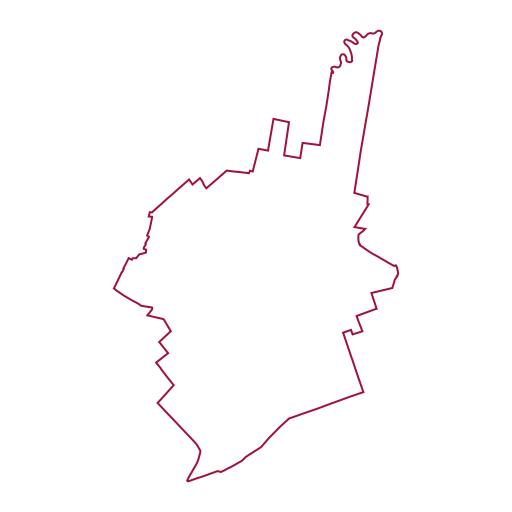 the district of Agris, Satu Mare, Romania
{"feature_id": "2599482B4791567573322", "entity_name": "Agris", "entity_type": "district", "adm_level": 2, "iso_a3": "ROU", "parent_name": "Romania", "parent_adm1": "Satu Mare", "projection": "mercator", "projection_center": [23.018, 47.884], "detail": "fine", "context": "isolated", "style": "outline", "palette": "rose", "viewbox_px": 512, "rotation_deg": 0, "n_neighbors": 0, "source": "geoboundaries", "source_scale": "gbopen_adm2", "svg_char_len": 5215}
<svg xmlns="http://www.w3.org/2000/svg" viewBox="0 0 512 512"><path d="M397.2,276.3L396.8,276.0L397.1,275.6L397.9,274.5L398.1,273.6L398.1,272.6L397.8,271.4L397.2,268.3L396.6,266.5L396.3,265.9L396.1,265.5L395.7,265.3L395.2,265.5L394.5,266.1L391.8,264.7L389.1,263.2L384.7,260.6L378.2,256.8L376.0,255.6L372.0,253.4L369.3,251.7L359.9,245.2L359.9,244.9L360.0,244.5L359.8,244.1L359.3,244.0L359.1,243.3L358.8,242.2L358.5,241.0L358.4,239.3L358.4,238.6L358.2,238.1L358.4,237.2L358.5,236.5L358.4,235.8L358.5,234.9L359.0,234.2L360.1,233.3L361.3,232.4L362.2,231.7L363.3,231.0L363.7,230.5L364.2,229.7L365.1,228.9L354.5,227.1L368.7,204.3L367.4,204.0L367.6,199.9L367.6,197.1L367.6,196.6L367.2,196.7L366.0,196.3L363.3,195.5L361.8,195.1L359.2,194.3L354.3,192.9L357.6,171.8L360.8,150.7L363.3,136.3L366.5,117.6L367.6,111.6L370.6,93.5L374.2,71.6L378.6,45.1L380.0,39.9L380.3,37.6L380.7,37.2L381.0,36.4L381.1,36.0L381.3,35.6L381.6,35.3L381.6,34.9L382.1,34.2L382.0,32.8L381.6,32.1L380.6,31.1L379.4,30.7L378.2,30.8L376.6,31.7L375.8,32.3L375.0,33.0L373.8,33.5L372.6,33.6L371.7,33.3L370.8,33.1L369.8,33.2L369.1,33.4L368.4,33.6L367.2,34.5L366.5,35.3L365.1,36.7L363.8,37.4L363.0,37.4L362.0,36.7L360.5,34.9L359.7,34.3L358.9,33.6L358.0,32.9L356.4,32.2L355.3,32.4L354.7,32.7L354.1,33.0L353.7,33.4L353.3,33.7L352.9,34.3L352.5,34.9L352.5,35.4L352.4,36.0L352.5,36.3L352.6,36.5L353.0,37.0L353.5,37.5L354.1,38.0L354.7,38.4L355.5,39.2L356.4,40.0L356.8,40.7L357.3,41.3L357.5,41.9L357.8,42.5L357.7,43.3L357.4,43.5L356.5,44.0L355.1,43.9L353.8,43.3L352.0,41.9L351.2,41.4L350.3,41.0L349.4,40.7L348.2,40.2L347.0,39.6L346.1,39.6L345.3,39.9L344.9,40.3L344.5,40.7L344.4,41.3L344.2,41.9L344.5,42.6L344.8,43.3L345.4,44.2L346.3,44.9L347.1,45.6L347.6,46.1L348.0,46.5L348.5,47.1L349.0,47.8L349.4,48.7L349.8,49.5L350.2,50.6L350.7,51.7L350.9,52.6L351.2,53.5L351.5,54.6L351.7,55.4L351.8,56.2L352.0,57.2L352.0,57.8L351.9,58.4L351.9,58.9L351.9,59.4L352.0,59.8L352.1,60.2L352.1,61.1L351.4,61.7L350.4,62.2L349.0,62.1L348.1,61.7L347.0,61.4L346.5,60.8L346.4,60.1L346.4,58.9L346.4,58.5L346.3,57.7L345.8,56.5L345.5,56.1L345.2,55.7L345.2,55.4L344.8,55.0L344.5,54.6L344.1,54.5L343.7,54.3L342.9,54.3L342.1,54.3L341.4,54.7L340.9,55.5L340.4,56.3L340.2,57.1L340.0,57.8L340.0,58.8L340.4,60.1L340.5,61.1L341.0,62.1L341.0,63.2L340.6,64.7L339.8,66.5L338.8,67.2L337.5,67.4L336.0,67.2L335.1,66.7L333.8,66.7L333.2,66.9L332.6,67.1L332.1,67.4L331.6,67.8L331.5,68.2L331.3,68.7L331.4,69.2L331.5,69.5L331.9,70.7L332.1,70.7L332.8,71.3L333.2,72.1L333.1,72.7L332.9,73.0L331.5,72.7L329.6,83.7L328.9,89.5L326.3,106.3L323.5,121.3L319.9,145.1L302.6,142.9L300.2,158.1L284.1,155.4L289.0,122.2L273.5,118.9L268.0,150.6L258.5,148.8L255.6,160.2L252.7,171.5L250.0,170.7L248.9,173.2L248.6,173.1L243.3,172.5L231.1,171.2L230.6,171.1L227.4,170.7L227.0,170.5L225.9,171.3L225.4,171.7L224.7,172.4L223.7,173.2L217.9,178.3L215.5,180.4L206.3,188.3L205.4,187.1L204.4,185.8L203.6,184.3L202.9,182.4L202.3,181.4L201.5,180.1L200.0,178.1L192.5,184.5L189.1,179.5L178.2,189.0L173.4,193.3L171.4,195.1L167.2,198.6L160.8,204.5L154.4,210.1L152.7,211.7L152.1,212.4L149.8,212.2L148.7,216.5L152.0,216.8L151.9,217.9L151.8,218.8L151.6,219.8L151.1,222.4L150.4,225.6L149.8,228.8L149.1,230.5L148.4,232.3L147.1,235.6L149.0,236.9L148.9,237.1L146.2,241.8L145.4,243.3L145.8,243.7L145.8,244.3L145.1,245.5L144.3,246.7L144.0,247.4L143.7,248.1L143.7,248.4L143.7,248.8L143.8,249.0L146.1,249.6L145.9,252.6L142.4,253.6L139.1,254.5L136.2,258.2L132.6,258.3L131.8,259.7L128.7,258.1L126.1,263.3L123.4,268.5L123.7,268.7L123.7,269.2L122.3,271.9L121.7,272.2L120.8,274.2L117.9,280.3L115.6,285.0L113.9,288.4L116.3,290.4L123.7,295.5L127.1,297.5L130.5,299.5L134.4,301.6L138.4,303.8L141.0,305.7L142.2,305.9L143.1,306.1L144.3,306.3L146.2,306.6L147.2,306.7L148.8,307.0L150.1,307.1L150.3,307.2L151.7,307.4L152.2,307.6L152.3,307.9L152.2,308.4L152.1,308.9L152.0,309.5L150.4,311.6L148.3,314.2L147.9,314.8L147.4,315.4L163.4,319.1L164.0,319.8L170.8,331.2L159.2,342.0L168.1,353.2L156.1,362.6L160.4,367.9L161.6,369.8L164.2,373.2L168.8,379.1L171.6,382.6L172.9,384.2L173.7,385.2L157.6,403.0L168.0,414.0L176.1,422.5L194.3,441.7L196.9,444.7L200.2,450.5L200.4,450.8L200.3,452.1L200.0,453.4L198.4,459.3L198.0,460.3L196.8,463.3L192.8,470.3L190.8,473.8L189.0,476.8L188.2,478.4L187.5,479.9L187.2,480.7L187.9,481.3L189.8,480.8L197.4,478.1L201.3,476.9L206.3,475.2L211.4,473.3L215.1,472.0L215.6,471.8L217.3,471.2L217.9,471.2L220.9,472.0L224.1,470.5L226.1,469.4L228.0,468.4L231.8,466.5L238.2,462.9L242.2,460.6L245.9,456.8L261.1,447.1L268.6,438.4L271.2,435.7L274.4,432.5L279.2,427.6L280.5,426.3L286.8,420.6L289.0,418.7L288.9,418.6L289.4,418.3L289.5,418.3L291.0,417.8L292.5,417.3L295.7,416.2L298.8,415.1L302.3,413.8L309.1,411.5L316.7,408.9L321.1,407.3L326.8,405.1L350.2,396.6L351.7,396.1L363.4,392.1L357.7,375.8L352.1,359.1L350.3,354.1L349.1,350.4L343.1,332.7L351.0,329.9L352.6,334.4L362.4,331.3L358.6,321.6L356.6,316.0L357.7,315.6L359.8,314.8L361.7,314.1L364.3,313.2L365.9,312.6L369.1,311.4L372.3,310.3L374.3,309.5L376.6,308.8L375.3,304.8L374.0,300.8L373.0,297.8L372.0,294.8L371.4,293.0L373.5,292.5L377.0,291.7L380.5,290.8L383.1,290.2L385.7,289.6L389.0,288.8L392.3,288.0L393.6,283.9L394.8,279.7L395.9,278.1L396.2,277.7L397.2,276.3Z" fill="none" stroke="#9f1239" stroke-width="2"/></svg>